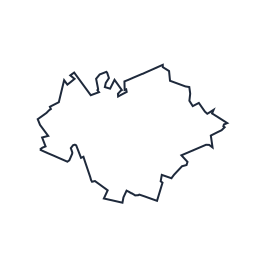 the district of Imuris, Sonora, Mexico, rotated 145°
{"feature_id": "50627088B72229722954939", "entity_name": "Imuris", "entity_type": "district", "adm_level": 2, "iso_a3": "MEX", "parent_name": "Mexico", "parent_adm1": "Sonora", "projection": "mercator", "projection_center": [-110.696, 30.837], "detail": "fine", "context": "isolated", "style": "outline", "palette": "slate", "viewbox_px": 256, "rotation_deg": 145, "n_neighbors": 0, "source": "geoboundaries", "source_scale": "gbopen_adm2", "svg_char_len": 2250}
<svg xmlns="http://www.w3.org/2000/svg" viewBox="0 0 256 256"><g transform="rotate(145 128 128)"><path d="M43.9,75.1L46.1,80.5L50.8,91.7L47.5,93.8L52.1,94.0L52.3,94.0L54.9,94.2L55.6,97.3L55.6,107.9L62.4,108.8L62.1,115.1L57.4,120.4L56.8,121.5L54.3,126.4L57.1,129.1L66.5,142.6L61.7,151.1L64.6,157.9L63.3,159.8L82.3,163.5L84.0,163.8L84.3,163.8L84.9,164.0L85.5,164.2L95.8,166.4L96.0,166.4L97.8,166.8L98.0,166.8L98.8,167.0L100.4,167.3L100.7,167.4L104.2,168.2L108.9,161.1L107.3,160.7L108.4,158.3L113.6,159.0L118.0,159.5L116.6,161.8L112.4,162.7L111.3,162.6L111.4,175.2L120.1,170.5L123.5,174.8L120.3,177.7L115.0,179.8L113.4,185.2L113.5,186.4L120.5,188.1L125.9,186.6L130.2,176.9L131.3,176.6L131.2,174.0L139.7,176.2L139.8,181.5L140.3,204.3L145.1,204.2L143.6,198.9L148.8,198.5L152.8,198.3L152.9,203.8L155.6,201.4L157.9,199.4L169.9,188.8L179.8,190.2L180.3,187.8L182.6,187.8L186.2,187.1L196.9,187.0L197.5,184.4L198.3,181.0L198.0,170.3L197.9,167.3L203.8,169.5L206.1,160.2L209.0,160.9L210.5,161.0L211.6,160.9L211.6,160.4L212.1,160.0L208.1,153.3L204.4,147.4L204.0,146.7L197.6,136.2L197.1,135.4L197.0,135.2L194.6,135.2L188.5,138.9L187.6,140.0L186.4,144.3L182.8,145.4L181.1,144.8L180.4,143.5L183.6,130.5L181.0,130.0L182.5,125.1L187.1,109.4L188.1,106.6L188.3,104.6L185.5,103.5L180.4,88.6L188.2,84.1L184.2,79.7L182.8,78.2L175.4,70.0L171.5,73.8L165.1,77.5L164.9,77.1L164.7,76.8L164.4,76.2L164.3,75.9L164.2,75.8L164.1,75.7L164.0,75.4L163.9,75.3L163.8,75.1L163.6,74.8L163.6,74.6L163.5,74.4L163.4,74.0L163.3,73.9L163.2,73.8L163.2,73.7L163.0,73.4L162.9,73.3L162.9,73.2L162.8,72.9L162.8,72.7L162.7,72.6L162.6,72.4L162.4,72.3L162.3,72.2L162.2,72.1L162.1,71.9L162.0,71.6L161.9,71.3L161.8,71.0L161.6,70.7L161.3,70.0L161.2,69.7L161.1,69.3L161.0,69.1L160.9,69.0L160.9,68.9L160.8,68.7L160.7,68.7L160.3,68.4L160.1,68.3L159.8,68.1L159.7,68.0L159.4,67.9L159.1,67.7L158.7,67.4L158.4,67.3L158.3,67.2L158.2,67.1L157.9,67.0L157.7,67.0L157.4,67.0L157.2,67.0L157.1,66.9L156.9,66.9L153.6,62.4L146.0,51.7L131.1,63.4L131.8,65.6L127.2,70.2L121.2,61.9L120.8,62.1L120.2,62.3L117.1,63.3L105.7,65.7L101.3,64.1L98.7,66.1L99.9,75.0L73.7,69.5L71.2,67.6L69.9,63.6L65.6,72.1L64.5,74.3L56.9,73.2L52.6,72.5L48.4,73.2L48.9,74.7L47.4,75.9L43.9,75.1Z" fill="none" stroke="#1e293b" stroke-width="2"/></g></svg>